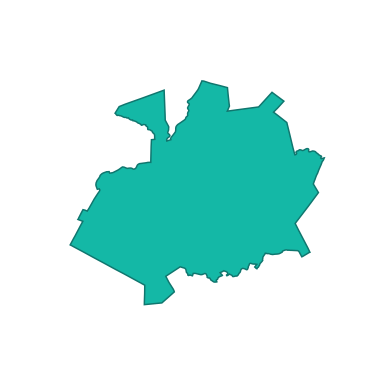 Mavoko, Eastern, Kenya, rotated 61°
{"feature_id": "3690345B67354974829393", "entity_name": "Mavoko", "entity_type": "district", "adm_level": 2, "iso_a3": "KEN", "parent_name": "Kenya", "parent_adm1": "Eastern", "projection": "natural_earth1", "projection_center": [37.054, -1.446], "detail": "fine", "context": "isolated", "style": "filled", "palette": "teal", "viewbox_px": 384, "rotation_deg": 61, "n_neighbors": 0, "source": "geoboundaries", "source_scale": "gbopen_adm2", "svg_char_len": 6064}
<svg xmlns="http://www.w3.org/2000/svg" viewBox="0 0 384 384"><g transform="rotate(61 192 192)"><path d="M100.6,128.0L100.2,128.8L99.6,129.4L104.7,136.1L105.4,137.2L106.5,139.5L109.1,145.3L109.6,146.3L109.8,147.3L110.0,148.2L110.2,150.7L110.3,151.4L110.6,151.9L111.1,152.3L111.6,152.4L112.2,152.2L112.7,151.9L113.3,151.7L113.9,151.8L114.5,152.5L115.6,154.2L116.2,155.0L116.9,155.3L118.3,155.2L118.8,155.2L119.4,155.4L119.8,155.9L120.0,156.4L120.4,157.0L120.8,157.4L121.2,157.8L121.8,158.1L122.9,158.6L123.4,159.4L123.5,160.1L123.7,161.0L125.0,162.4L125.3,163.5L125.8,168.3L126.1,171.9L126.4,172.7L126.9,173.9L127.3,174.4L128.3,175.3L129.3,175.8L130.6,176.7L131.4,177.4L131.9,178.5L132.9,180.8L134.0,183.4L134.4,184.1L134.8,184.7L135.4,185.0L136.0,185.1L135.2,189.3L134.5,189.1L133.9,188.7L133.1,187.6L132.8,186.5L132.8,185.7L132.6,184.8L132.2,184.2L131.8,183.9L131.1,183.9L130.2,184.1L129.7,184.4L129.0,184.5L128.3,184.4L127.8,184.1L127.1,183.2L126.5,182.5L125.3,181.7L124.7,181.5L124.1,180.9L123.4,180.7L116.2,180.6L111.0,177.9L89.4,167.0L87.1,181.5L85.7,190.4L82.8,207.8L82.0,214.3L85.8,221.1L86.4,220.8L87.2,220.8L88.2,220.6L88.8,220.3L88.9,219.7L89.2,219.2L90.2,218.2L90.8,217.4L91.6,216.7L93.0,215.8L93.6,215.3L94.0,214.9L94.5,214.0L95.0,213.3L95.8,213.0L96.1,212.4L96.2,211.8L96.8,211.6L97.6,211.5L98.4,211.1L99.2,210.6L99.7,210.1L100.0,209.5L100.3,209.0L101.1,209.1L101.7,208.1L102.9,207.2L103.5,206.6L105.0,206.0L105.6,205.7L106.3,205.0L106.9,204.6L107.5,204.3L108.2,203.9L109.0,203.9L109.3,203.3L109.4,201.8L109.9,201.1L110.4,200.4L110.9,199.9L111.5,200.2L112.4,200.0L113.0,199.6L113.6,199.3L114.2,199.6L115.3,200.1L115.9,200.3L116.3,200.0L116.6,199.4L117.0,199.0L117.4,198.5L117.9,198.2L118.6,198.0L119.1,197.6L119.8,197.3L120.5,197.6L121.3,197.5L122.2,197.2L122.8,197.0L123.5,197.0L124.2,197.2L126.0,198.1L126.7,198.5L127.9,199.0L126.6,202.1L132.1,205.5L146.1,213.7L145.7,214.3L144.7,216.3L144.4,217.3L144.0,218.5L143.1,220.7L142.5,222.3L142.0,223.5L141.7,224.3L141.7,225.0L141.7,225.6L141.8,226.3L142.2,227.1L143.6,229.0L143.8,229.5L144.0,230.1L144.0,230.8L143.9,231.6L143.6,232.2L142.4,232.9L141.7,233.5L141.4,234.0L141.1,234.4L140.6,235.5L140.3,236.3L139.9,237.3L138.8,238.2L137.4,239.3L136.9,239.9L136.4,240.6L136.4,241.6L136.5,242.4L136.8,244.3L136.9,246.4L136.7,251.8L136.5,252.4L135.8,254.4L135.5,254.9L134.0,254.6L132.9,256.9L132.6,258.7L132.4,260.0L132.3,261.3L132.4,262.2L132.7,263.4L132.9,264.1L133.3,264.7L133.8,265.1L134.2,265.8L134.5,266.3L135.1,267.6L136.0,269.5L137.5,271.4L138.7,272.3L139.9,272.9L142.3,273.3L143.7,273.5L144.3,271.6L145.5,271.6L146.1,272.1L146.6,272.9L147.5,274.8L150.6,280.7L156.1,289.6L157.9,292.9L156.1,294.3L154.6,295.9L156.6,299.0L159.5,303.3L160.4,304.5L160.7,305.1L164.7,301.7L167.6,306.2L174.0,316.0L175.0,317.7L177.4,321.4L179.2,324.2L191.1,316.5L200.9,310.3L213.5,302.2L223.1,296.1L230.7,291.1L250.6,278.5L257.8,282.6L264.8,286.8L267.4,288.3L274.4,272.1L270.8,255.9L270.0,255.7L268.1,255.5L263.0,255.8L259.8,256.0L253.0,255.8L251.7,238.6L253.5,236.9L254.5,235.9L255.1,235.3L255.7,235.1L256.6,234.9L257.4,235.1L258.3,235.4L259.4,235.8L260.1,235.7L260.8,235.5L261.6,235.5L262.8,235.9L263.4,235.4L263.5,234.7L263.7,234.0L264.1,233.5L264.7,233.1L265.5,232.2L263.8,230.4L264.3,229.4L264.9,228.4L268.4,224.6L268.8,224.0L269.1,223.2L269.2,222.5L269.5,220.2L270.0,219.7L270.6,219.4L271.2,219.4L272.8,219.5L273.9,220.1L274.7,219.7L275.3,219.1L275.7,218.3L276.6,218.1L277.4,218.2L278.3,218.1L279.5,217.4L280.0,217.2L281.1,216.6L281.5,216.3L281.9,215.6L282.5,214.4L282.6,213.8L281.3,213.8L280.7,213.2L280.8,212.1L279.9,211.0L279.6,210.5L279.4,209.6L279.5,208.0L279.7,206.9L279.7,205.9L278.9,205.9L278.1,206.2L277.0,206.4L276.2,206.5L276.4,203.5L276.3,202.3L277.1,201.7L278.3,200.6L279.2,200.2L280.1,200.1L280.6,200.2L281.0,200.7L281.4,202.1L282.1,202.1L282.3,201.2L282.0,198.9L282.6,198.7L283.0,198.4L284.0,197.6L284.7,197.4L285.6,197.4L286.2,196.5L286.4,195.6L286.7,194.5L287.0,194.0L287.3,193.4L287.0,192.0L286.6,191.2L286.1,190.7L285.6,189.0L285.1,188.3L283.8,187.1L283.4,186.3L283.3,185.4L283.4,184.6L283.9,184.0L284.6,183.3L285.3,182.7L286.0,182.3L286.6,181.7L286.5,180.9L285.9,180.2L285.5,179.6L284.5,178.9L283.7,177.6L283.0,177.0L282.6,176.3L282.7,175.5L283.1,175.0L283.5,174.6L284.0,174.2L284.9,173.1L285.1,172.6L285.4,172.1L286.7,170.4L288.0,173.5L290.2,172.8L290.6,172.4L290.0,171.5L289.9,170.4L289.5,169.7L289.1,169.3L288.8,168.5L288.1,167.8L287.6,167.2L287.3,166.3L287.1,165.7L286.6,164.3L286.1,163.3L284.9,162.9L284.6,162.4L284.0,162.1L283.5,161.7L283.1,161.1L282.3,159.8L282.1,159.2L281.8,158.5L281.4,158.0L281.1,157.7L281.4,157.1L282.0,156.5L282.5,155.9L282.7,155.4L283.3,154.5L283.9,153.9L284.6,153.3L285.7,151.9L286.0,151.2L286.6,149.6L287.6,147.5L288.2,145.9L288.3,144.5L288.3,143.5L288.4,142.5L287.7,141.6L287.7,140.2L287.9,139.0L288.1,138.2L288.5,137.3L289.1,136.8L289.9,135.4L290.2,134.9L290.6,134.4L290.9,133.9L291.3,133.2L292.3,131.6L294.6,127.9L295.4,127.5L296.0,127.3L301.9,127.4L302.0,126.7L301.8,120.3L301.7,119.2L301.9,118.1L297.3,117.8L276.4,117.3L269.5,117.0L260.9,97.3L253.8,81.7L243.8,82.0L241.7,79.7L240.6,78.3L238.8,76.3L237.6,74.8L237.1,74.1L236.7,73.4L236.4,73.0L234.3,70.6L232.0,67.6L230.8,66.0L229.2,64.1L228.5,63.4L228.3,62.7L227.7,61.5L227.3,61.0L226.8,60.4L226.3,59.8L226.0,60.8L225.8,61.7L225.5,62.8L224.7,63.0L223.6,61.5L222.9,61.7L222.4,62.2L220.5,63.2L219.8,63.3L219.2,63.5L218.6,63.9L218.0,64.2L216.9,64.4L216.3,64.7L215.7,65.2L215.1,65.9L214.6,66.6L214.3,68.1L214.1,69.1L213.7,70.1L213.0,70.3L211.4,69.3L210.8,69.3L210.3,69.6L209.8,70.4L209.6,71.0L209.6,71.8L209.6,73.0L209.6,73.9L209.5,74.9L209.0,75.6L208.4,76.0L207.8,76.6L207.3,77.2L207.2,77.8L207.3,78.5L207.4,79.3L207.1,80.1L207.2,81.2L207.9,81.9L208.5,81.6L209.2,81.9L209.5,82.5L209.6,83.2L209.3,84.0L202.7,82.4L188.6,78.5L179.8,76.1L177.2,75.4L166.5,79.9L161.7,82.0L160.6,78.3L160.2,76.8L157.1,67.6L143.6,73.7L149.0,89.7L149.9,92.5L143.4,109.1L138.8,120.9L138.4,121.9L135.0,117.6L132.9,116.8L124.8,113.4L117.9,110.4L112.3,116.2L105.8,123.2L100.6,128.0Z" fill="#14b8a6" stroke="#0f766e" stroke-width="1.5"/></g></svg>